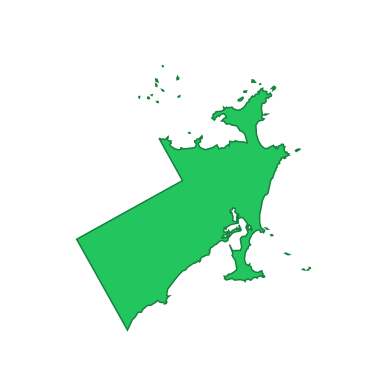 Lower Eyre Peninsula, South Australia, Australia (Mercator projection), rotated 241°
{"feature_id": "25037944B64122646541538", "entity_name": "Lower Eyre Peninsula", "entity_type": "district", "adm_level": 2, "iso_a3": "AUS", "parent_name": "Australia", "parent_adm1": "South Australia", "projection": "mercator", "projection_center": [135.614, -34.488], "detail": "fine", "context": "isolated", "style": "filled", "palette": "green", "viewbox_px": 384, "rotation_deg": 241, "n_neighbors": 0, "source": "geoboundaries", "source_scale": "gbopen_adm2", "svg_char_len": 6141}
<svg xmlns="http://www.w3.org/2000/svg" viewBox="0 0 384 384"><g transform="rotate(241 192 192)"><path d="M102.5,68.6L109.1,77.8L110.3,81.9L112.5,85.6L112.7,87.5L111.4,89.2L112.9,91.5L114.4,97.7L112.9,101.4L113.2,107.4L114.0,109.2L110.9,110.7L108.9,113.8L107.5,113.5L107.0,115.6L108.3,116.8L108.7,116.2L109.7,116.8L111.7,119.5L112.0,121.7L112.7,120.0L114.8,120.3L118.9,123.7L125.7,139.5L127.5,145.7L127.0,148.4L128.4,152.3L129.0,159.2L128.3,160.3L128.6,164.2L127.2,164.7L128.4,166.8L129.3,166.6L130.1,168.4L129.8,174.3L128.9,176.0L130.8,178.7L132.5,178.7L132.8,180.2L134.3,181.1L134.1,183.8L134.9,186.3L134.4,187.7L135.6,192.9L134.7,195.3L132.6,196.6L132.2,197.9L132.3,199.9L134.0,201.1L136.2,206.8L136.4,209.4L134.5,215.7L135.2,216.7L140.6,217.2L137.1,215.7L137.2,214.8L135.8,215.3L136.5,214.3L139.0,214.1L138.1,212.9L138.6,212.6L138.7,208.3L137.7,206.7L138.9,205.5L140.6,205.3L139.3,203.9L137.3,204.4L134.9,202.0L135.4,201.2L136.7,201.8L135.6,199.8L136.5,197.7L136.8,199.2L136.8,196.5L137.4,195.9L139.2,199.0L138.2,200.8L138.4,203.0L140.3,203.1L140.7,201.3L141.8,200.5L145.0,202.7L144.8,203.6L143.1,203.7L144.4,205.0L144.7,210.1L142.4,217.6L150.1,220.6L148.3,218.8L144.5,217.0L144.9,215.6L147.3,213.8L151.0,216.2L152.1,216.0L154.4,216.8L156.3,216.7L154.7,216.5L155.5,216.2L155.2,215.6L156.6,215.7L157.7,217.8L157.0,218.5L158.2,219.8L157.0,221.6L155.3,221.4L154.0,219.8L151.1,220.6L150.2,222.0L148.6,221.4L148.1,220.2L146.1,220.1L146.0,222.9L143.6,224.4L136.3,225.2L133.8,226.8L130.1,226.3L129.8,225.3L132.2,226.0L131.4,224.9L131.7,223.3L134.7,223.6L134.2,224.4L135.0,225.3L136.0,224.0L136.9,224.4L134.9,222.0L129.4,221.5L127.3,217.6L128.7,214.4L128.1,212.3L127.2,211.3L119.7,208.7L117.5,206.1L121.0,199.0L127.9,199.3L118.7,198.0L117.0,196.3L110.8,196.6L103.3,194.0L102.2,192.9L101.7,190.1L101.5,185.8L102.4,184.3L101.5,181.0L102.6,179.3L101.1,179.4L100.5,178.4L98.4,179.4L96.9,185.3L94.4,186.4L91.9,191.8L89.4,194.7L88.0,195.0L88.9,196.4L88.9,198.8L86.3,200.6L87.2,204.3L86.5,206.4L85.1,207.2L85.7,207.7L85.5,211.5L83.0,212.7L82.5,214.2L83.4,214.6L84.8,213.5L86.2,214.6L87.0,214.0L88.9,215.0L89.6,213.7L89.5,210.7L91.7,208.2L95.1,206.6L97.9,207.3L99.9,206.8L101.0,207.5L100.5,205.6L103.1,204.2L107.3,205.0L112.9,209.0L115.7,212.8L115.3,213.4L117.3,215.4L117.4,217.6L119.5,217.3L121.9,218.6L125.8,223.7L127.1,228.8L126.7,231.7L125.5,232.9L123.4,232.5L122.7,234.9L121.8,235.0L122.6,236.3L123.4,237.0L127.3,235.0L132.7,236.5L139.1,240.0L150.3,249.4L154.0,254.2L153.5,255.8L154.3,258.1L162.6,265.2L165.1,268.0L164.8,269.0L170.0,274.6L170.2,275.8L171.9,276.8L172.2,278.2L174.5,279.8L174.6,282.7L176.3,283.0L177.0,285.7L178.1,286.1L178.2,288.2L176.7,288.9L176.4,290.2L177.7,289.8L177.2,294.7L177.8,294.2L178.5,295.2L179.2,294.1L181.0,294.3L181.1,293.0L183.6,292.9L185.7,293.8L186.4,295.2L187.3,294.3L189.3,295.0L190.4,293.4L189.8,292.8L190.1,289.9L188.3,287.7L189.7,286.6L190.7,287.8L191.4,286.0L193.3,285.9L193.7,278.8L194.5,276.8L198.8,275.1L204.0,274.8L211.2,276.3L219.5,280.3L221.8,284.5L220.5,289.2L221.0,290.6L222.6,289.0L223.8,289.3L225.7,291.2L231.1,293.0L234.7,295.6L235.4,296.6L234.5,298.1L235.2,300.7L238.1,301.8L238.3,303.1L237.0,304.1L237.7,305.2L237.4,308.0L238.1,308.5L240.6,308.5L240.4,305.5L242.5,305.1L243.6,306.1L246.3,302.8L248.4,304.1L248.8,302.7L247.7,300.3L247.5,298.0L246.3,298.8L245.5,297.9L246.6,294.8L245.3,293.0L245.9,291.5L246.6,291.5L246.5,290.5L245.1,288.4L245.3,286.7L243.5,286.1L243.6,283.6L241.0,279.1L240.5,274.3L241.4,271.3L245.1,268.4L246.7,268.3L248.5,263.7L249.5,263.3L248.7,261.7L250.8,260.7L248.9,260.2L248.3,259.1L248.5,256.6L250.6,251.9L249.7,251.1L249.9,249.2L249.1,247.5L247.4,247.0L247.1,245.2L244.1,246.3L244.3,247.3L245.6,247.7L245.4,249.5L246.3,250.8L246.0,252.0L244.9,252.5L246.1,255.1L244.5,258.4L240.6,258.3L240.9,255.8L239.8,252.3L238.6,254.2L234.7,255.0L233.2,258.5L231.5,258.9L228.1,263.3L222.0,263.7L221.2,264.9L217.2,266.3L208.1,264.2L211.3,260.7L212.6,258.0L216.0,254.6L215.2,254.0L216.3,251.4L218.1,249.7L214.8,247.2L215.6,247.3L215.8,245.1L214.7,241.3L216.1,239.7L216.7,236.6L221.1,236.6L220.8,231.6L222.5,224.1L227.0,220.6L230.1,220.6L232.0,221.8L231.7,223.9L233.9,224.7L234.3,227.3L236.3,227.9L235.1,224.1L235.8,222.1L235.0,220.7L235.5,219.1L233.9,218.6L231.9,219.4L230.1,217.4L229.7,215.2L233.6,205.6L235.8,204.2L235.9,203.5L234.6,202.9L235.2,201.0L237.9,198.1L242.7,195.4L244.4,195.6L244.7,197.5L245.8,197.3L246.6,198.5L248.2,196.5L249.5,196.0L250.8,196.3L251.1,197.6L252.0,197.9L250.8,193.8L252.7,192.1L252.6,190.7L254.4,189.9L254.4,189.2L206.6,189.2L206.6,68.2L102.5,68.6ZM248.2,279.8L249.2,282.3L250.3,282.4L250.2,277.1L249.4,276.7L248.4,277.9L248.2,279.8ZM241.7,312.1L241.9,314.6L243.1,315.8L244.8,314.9L244.0,311.8L243.1,313.6L241.7,312.1ZM257.4,300.6L260.1,300.1L260.9,298.8L259.0,297.6L257.4,300.6ZM176.9,302.8L177.0,307.7L178.3,304.8L178.1,302.6L176.9,302.8ZM304.8,215.5L307.6,216.0L308.4,215.0L306.3,214.3L304.8,215.5ZM254.2,285.8L253.0,287.6L253.9,288.7L255.0,286.3L254.2,285.8ZM299.7,235.1L298.9,234.0L297.5,233.4L297.2,235.0L297.9,235.6L298.6,235.7L298.5,234.7L299.7,235.1ZM90.2,246.7L93.0,244.6L93.2,243.8L90.7,245.4L90.2,246.7ZM294.6,200.3L295.9,200.1L296.4,199.6L295.4,198.6L294.5,199.3L294.6,200.3ZM301.4,212.5L303.0,213.2L304.1,212.7L301.9,211.8L301.4,212.5ZM114.9,241.5L116.0,241.3L116.4,240.2L115.3,240.1L114.9,241.5ZM282.1,228.0L282.2,226.2L281.6,226.0L281.3,227.5L282.1,228.0ZM286.7,205.9L287.7,206.2L288.2,205.0L287.1,205.2L286.7,205.9ZM70.6,252.4L70.5,251.3L69.3,252.8L70.6,252.4ZM224.6,293.8L223.5,294.8L223.5,295.7L224.6,293.8ZM67.9,254.5L67.4,256.4L68.0,256.8L67.9,254.5ZM294.1,216.2L295.1,216.2L296.1,215.3L294.5,215.4L294.1,216.2ZM122.7,240.4L123.9,240.0L124.7,239.0L123.4,239.4L122.7,240.4ZM299.8,191.6L300.9,192.5L301.2,191.9L300.3,191.4L299.8,191.6ZM253.5,302.8L253.0,304.2L253.4,304.3L253.5,302.8ZM67.9,258.5L68.5,258.7L69.1,258.0L68.3,257.7L67.9,258.5ZM224.0,293.4L224.7,293.6L224.6,292.2L224.4,292.2L224.0,293.4ZM245.4,217.9L244.9,217.9L244.5,218.9L245.1,218.9L245.4,217.9ZM295.8,203.7L296.3,204.3L296.5,203.4L295.8,203.7ZM315.8,227.7L316.6,227.7L316.6,227.2L315.9,227.0L315.8,227.7Z" fill="#22c55e" stroke="#15803d" stroke-width="1.5"/></g></svg>